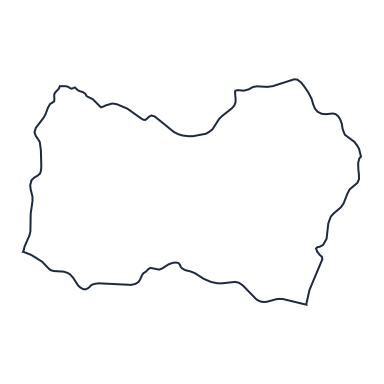 the Region of Libertador General Bernardo O'Higgins
{"feature_id": "CHL-2703", "entity_name": "Libertador General Bernardo O'Higgins", "entity_type": "Region", "adm_level": 1, "iso_a3": "CHL", "parent_name": "Chile", "parent_adm1": "", "projection": "orthographic", "projection_center": [-71.138, -34.463], "detail": "fine", "context": "isolated", "style": "outline", "palette": "slate", "viewbox_px": 384, "rotation_deg": 0, "n_neighbors": 0, "source": "natural_earth", "source_scale": "10m", "svg_char_len": 2403}
<svg xmlns="http://www.w3.org/2000/svg" viewBox="0 0 384 384"><path d="M361.0,156.7L359.4,158.2L358.2,162.7L358.3,168.7L358.9,174.5L359.0,179.1L357.5,182.8L349.7,189.3L347.4,193.7L343.6,203.4L340.8,207.4L333.9,213.2L330.8,216.6L328.3,223.4L326.6,238.7L323.1,244.9L319.8,246.7L317.1,247.3L316.0,248.5L317.4,252.0L319.8,254.9L321.8,256.7L322.4,259.1L309.5,289.9L306.3,304.1L306.4,304.7L282.8,299.0L279.2,298.9L276.3,299.2L266.8,301.8L264.0,302.0L261.1,301.7L258.4,300.6L256.8,299.6L256.0,299.0L242.8,285.4L239.0,282.8L235.1,281.9L221.3,283.4L216.9,283.2L210.9,281.9L203.7,278.8L195.1,273.3L190.7,271.5L185.1,270.1L182.4,268.6L180.8,267.0L179.7,264.5L178.9,263.5L178.1,262.9L175.9,262.5L173.0,262.8L168.5,264.4L161.9,268.6L159.1,269.6L150.5,267.9L148.6,268.9L146.2,271.3L145.1,272.2L143.4,273.2L142.3,274.7L140.0,279.7L138.5,282.0L135.4,283.9L131.1,284.9L98.9,283.3L94.3,283.9L91.3,285.1L89.8,286.7L88.0,288.2L85.8,289.3L83.3,289.2L80.2,287.4L78.2,285.6L73.0,277.6L69.9,274.2L67.6,272.9L63.4,271.6L54.5,271.1L51.6,270.5L49.5,269.4L42.0,261.6L31.2,254.9L23.3,251.8L23.0,251.8L23.9,249.6L24.6,246.4L29.5,235.3L30.4,231.3L30.7,213.5L32.5,201.2L32.5,196.8L30.7,189.5L30.2,185.3L31.4,180.4L34.2,177.6L37.5,175.7L40.0,173.6L41.0,170.6L41.3,166.6L40.9,150.5L39.8,142.2L38.2,139.3L35.8,136.0L34.5,132.3L35.8,127.9L43.3,118.1L45.3,114.7L48.0,107.6L50.0,104.1L54.1,101.5L54.4,99.1L54.2,96.4L54.3,94.2L55.1,92.6L58.8,88.7L59.8,86.2L60.1,86.2L65.2,86.2L66.8,86.4L68.2,86.9L70.2,88.2L71.5,88.7L73.1,88.2L74.0,87.7L75.0,87.5L77.0,89.5L78.2,90.4L79.8,91.2L82.7,92.0L85.3,93.7L86.3,95.7L87.2,96.5L92.8,99.2L100.9,107.3L104.1,106.3L105.5,105.5L111.8,103.6L114.0,103.7L117.3,104.4L127.3,108.6L141.5,118.7L143.3,119.7L145.2,120.0L147.3,118.4L149.1,116.6L151.5,115.5L154.8,116.5L173.9,132.0L178.3,134.2L182.5,135.5L188.4,136.2L193.0,136.2L206.1,133.7L209.5,131.6L212.5,129.3L219.2,118.8L222.0,116.1L231.6,108.5L233.5,106.5L234.7,104.7L235.5,102.3L235.6,99.5L235.6,99.2L235.0,92.2L235.3,90.8L236.7,90.3L238.8,90.2L243.6,90.7L246.8,89.9L249.3,89.1L251.2,87.9L253.4,86.9L257.0,86.3L267.1,86.9L272.6,86.2L294.2,79.3L297.3,79.6L301.3,82.7L304.5,86.8L308.7,93.1L311.7,99.1L313.3,104.7L314.9,108.5L317.5,111.7L321.7,113.8L325.6,114.2L332.7,113.5L335.6,114.1L338.2,116.2L340.2,119.4L341.8,123.9L342.5,128.3L343.5,131.5L345.0,134.9L354.3,141.8L357.0,145.3L359.0,148.7L361.0,156.7Z" fill="none" stroke="#1e293b" stroke-width="2"/></svg>